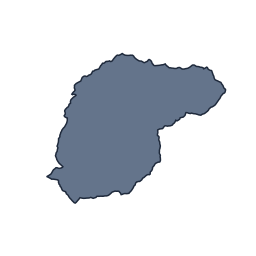 Kangpara, Tashigang, Bhutan, rotated 209°
{"feature_id": "84629894B39590261295219", "entity_name": "Kangpara", "entity_type": "district", "adm_level": 2, "iso_a3": "BTN", "parent_name": "Bhutan", "parent_adm1": "Tashigang", "projection": "equal_earth", "projection_center": [91.702, 27.164], "detail": "fine", "context": "isolated", "style": "filled", "palette": "slate", "viewbox_px": 256, "rotation_deg": 209, "n_neighbors": 0, "source": "geoboundaries", "source_scale": "gbopen_adm2", "svg_char_len": 5766}
<svg xmlns="http://www.w3.org/2000/svg" viewBox="0 0 256 256"><g transform="rotate(209 128 128)"><path d="M87.9,219.4L88.8,219.3L89.2,218.4L89.7,217.5L90.2,217.0L90.4,216.5L90.6,216.5L90.9,217.0L92.0,217.0L93.1,216.8L93.6,216.5L94.7,216.1L95.3,216.1L96.1,215.9L98.1,215.0L100.4,215.2L101.2,214.9L102.0,214.4L102.4,213.8L102.8,212.7L103.4,211.3L104.2,209.9L104.7,209.2L105.9,208.2L106.7,207.6L107.4,206.8L109.3,205.8L109.8,205.9L112.1,206.0L113.5,205.1L114.3,203.8L115.1,203.2L116.7,202.4L117.6,202.2L118.5,201.7L120.1,201.2L121.0,200.7L121.9,200.7L123.1,201.1L123.8,201.0L124.5,201.4L125.5,201.5L126.5,202.1L127.9,200.4L129.2,199.5L131.0,198.0L134.6,195.6L135.5,195.3L136.3,195.4L136.9,195.9L137.4,195.9L138.0,196.1L139.9,197.7L141.5,198.2L142.6,198.2L142.9,198.0L143.3,196.9L143.3,196.1L143.4,195.6L144.0,195.0L145.2,193.2L145.9,192.9L148.7,193.0L149.5,192.6L150.8,192.1L151.9,192.1L153.8,192.2L156.5,192.8L157.9,193.6L158.7,193.8L159.5,193.8L159.9,193.5L161.0,193.0L162.3,192.0L164.1,191.0L165.6,190.4L166.4,190.2L167.9,190.2L168.9,190.4L169.2,190.3L170.0,188.8L171.2,187.1L172.2,186.8L172.6,186.6L173.1,185.9L173.7,183.7L174.2,180.9L174.2,180.3L174.5,178.7L175.1,177.9L175.7,177.6L176.6,177.8L177.2,177.1L178.1,176.5L178.5,176.0L179.4,175.7L179.8,174.8L180.1,173.6L180.6,172.9L181.7,172.3L181.8,170.3L182.1,169.4L182.1,165.7L182.2,165.4L184.5,163.1L185.2,162.3L185.4,161.4L185.8,160.9L186.4,160.6L186.4,159.7L186.3,157.7L186.5,157.1L187.0,156.2L188.1,155.0L188.5,153.6L189.5,152.8L190.5,152.7L191.3,152.3L191.8,151.7L192.5,150.2L192.5,149.4L192.2,147.3L192.1,146.1L193.6,143.9L194.9,141.8L195.5,139.6L195.4,139.0L194.8,138.2L194.4,137.0L193.6,136.5L192.7,135.4L192.7,134.2L193.1,133.3L193.3,132.4L193.5,131.0L193.5,130.3L192.7,130.2L192.0,131.0L191.0,131.6L190.0,131.7L189.5,131.6L189.3,131.2L189.7,130.6L189.9,129.7L190.6,128.7L191.5,125.5L191.6,124.8L191.2,123.2L190.7,122.4L190.3,122.0L190.3,121.6L190.9,120.5L191.0,119.9L190.6,119.1L190.6,117.3L191.2,116.4L191.5,114.8L191.8,114.3L191.8,112.6L191.6,112.1L190.5,111.1L189.6,109.7L189.8,107.8L189.0,107.2L186.4,107.1L185.9,107.3L184.7,105.0L184.3,103.6L184.0,102.1L184.0,100.9L184.0,98.2L184.5,96.4L184.8,94.1L184.6,93.2L184.6,91.3L184.3,90.4L184.1,88.7L183.5,87.6L183.3,86.8L183.6,85.0L183.0,84.0L182.0,81.8L181.3,78.6L181.3,77.8L181.0,77.5L180.3,77.2L179.7,76.7L179.4,75.2L178.8,73.5L178.6,73.1L178.7,72.7L178.8,71.7L178.6,70.8L178.2,69.8L178.1,68.8L177.5,68.1L176.1,67.1L175.0,65.9L174.6,65.7L173.7,65.1L171.2,63.8L167.7,63.0L166.2,62.6L166.2,61.9L166.5,61.5L167.0,60.7L168.7,59.2L171.0,58.8L171.9,58.1L172.1,57.1L172.9,55.4L173.0,54.2L173.0,51.5L173.2,50.0L173.8,49.1L174.4,47.8L175.2,46.7L175.2,46.2L173.1,46.3L170.9,46.3L170.0,46.2L168.7,47.0L165.4,48.2L164.2,48.6L163.6,48.2L163.0,48.1L162.6,47.0L162.4,46.7L161.8,46.3L161.2,45.5L161.0,45.4L160.3,45.3L159.5,44.7L159.1,44.1L157.8,43.7L157.4,43.5L156.6,42.6L155.7,42.2L155.2,41.7L154.5,41.6L152.8,41.8L151.7,42.0L151.0,41.4L150.7,41.3L150.1,40.6L149.8,40.5L148.8,40.4L147.5,40.0L146.4,39.2L144.9,38.5L143.2,38.0L141.1,37.2L140.1,37.0L139.4,36.7L138.8,36.6L137.8,36.7L137.3,37.8L136.7,40.8L136.5,41.4L136.2,43.8L134.1,44.4L132.6,45.0L131.5,45.7L129.7,47.0L129.2,47.2L127.9,48.1L126.9,49.3L124.4,49.6L122.4,51.7L122.1,53.1L121.4,53.6L120.0,54.3L119.2,54.9L116.6,56.3L115.2,57.5L114.0,58.1L112.8,59.2L112.0,60.6L111.2,62.8L111.0,63.6L110.7,64.4L109.7,65.4L109.2,66.1L108.6,66.6L107.7,66.9L105.9,68.0L105.0,68.2L104.6,67.9L103.0,67.4L101.7,66.4L101.1,66.9L100.0,68.3L99.1,69.1L97.2,70.0L95.5,71.3L95.6,71.5L95.4,72.4L94.9,73.8L94.6,75.8L94.6,76.3L94.5,76.8L94.6,77.1L94.4,78.4L94.7,79.7L94.6,80.3L94.2,81.2L94.2,81.5L94.2,81.9L94.4,82.4L94.6,83.8L94.4,84.5L94.3,85.0L94.0,85.1L93.8,85.4L93.1,86.2L91.9,86.9L91.6,87.4L91.5,88.0L91.2,88.4L90.8,89.6L90.9,90.4L90.7,91.5L90.3,92.0L89.9,92.8L89.9,93.2L89.6,93.7L89.5,94.1L89.2,95.0L88.6,96.2L87.9,97.0L86.7,97.5L86.4,98.1L86.3,98.4L86.4,98.7L87.1,100.1L87.1,100.5L87.0,101.1L86.7,101.7L86.6,102.4L86.8,104.1L86.9,104.4L87.3,105.0L87.4,105.5L87.2,106.5L87.0,107.3L87.0,107.7L86.9,108.3L87.0,108.7L86.8,110.3L85.8,111.8L85.1,112.7L84.4,113.2L84.1,113.4L83.8,113.6L83.7,114.1L84.0,115.6L85.4,117.8L85.8,118.1L86.1,118.7L86.3,119.5L86.8,120.1L87.7,120.6L88.2,121.0L88.7,121.7L89.1,122.7L89.5,123.2L89.8,124.1L90.1,124.9L90.2,125.8L90.6,126.7L90.6,126.9L90.8,127.5L91.3,128.4L92.5,129.5L93.0,130.4L93.9,131.5L94.8,132.0L95.3,132.6L95.7,133.2L95.9,134.0L96.3,134.9L96.6,135.3L97.4,135.7L98.5,135.7L98.8,136.0L99.3,137.0L99.5,138.0L99.9,138.9L100.7,139.9L101.0,140.6L101.0,141.0L100.7,141.2L99.9,142.5L99.2,142.9L98.2,143.7L97.7,144.0L97.4,144.4L97.3,145.2L97.2,146.2L97.1,146.5L97.0,147.4L96.2,148.2L94.5,148.7L94.1,148.9L93.2,149.8L92.8,149.9L92.2,150.3L90.8,151.8L90.6,152.5L90.5,153.6L90.0,154.6L89.8,155.5L90.0,158.0L89.7,158.0L88.7,157.9L88.4,158.2L88.1,158.8L87.7,159.4L87.6,159.8L87.3,160.2L87.1,160.5L87.2,161.3L87.3,162.3L85.0,164.3L84.8,164.8L84.3,166.5L84.3,167.1L84.7,168.7L84.8,169.3L84.7,169.7L84.1,169.8L83.7,170.1L82.2,170.3L80.6,170.8L80.2,171.1L80.1,171.5L79.7,171.8L79.3,171.9L77.3,172.4L76.2,173.0L75.6,173.2L75.2,173.2L74.3,173.5L72.4,173.8L70.8,174.4L70.4,174.6L70.0,175.6L69.4,176.5L68.5,177.2L67.6,178.8L67.2,179.9L66.6,181.2L66.6,181.5L66.3,182.4L66.3,182.8L66.4,183.4L66.3,184.0L65.9,185.1L65.8,185.9L65.4,186.5L64.5,187.4L63.1,190.0L62.8,191.5L62.3,196.3L62.3,197.0L62.0,198.1L62.0,199.6L62.2,200.3L62.1,201.2L61.4,204.5L61.0,204.9L60.6,205.4L60.5,206.1L60.6,206.8L61.1,208.6L61.7,209.2L62.3,209.1L63.7,209.6L65.6,211.2L67.5,212.0L68.0,212.4L68.7,212.8L69.0,212.9L70.7,212.7L72.0,212.7L74.7,212.4L75.4,212.5L76.0,212.8L77.3,213.9L77.8,214.6L78.2,215.0L79.3,215.7L82.5,218.6L83.0,218.7L84.4,218.2L85.1,218.2L86.8,218.5L87.9,219.4Z" fill="#64748b" stroke="#1e293b" stroke-width="1.5"/></g></svg>